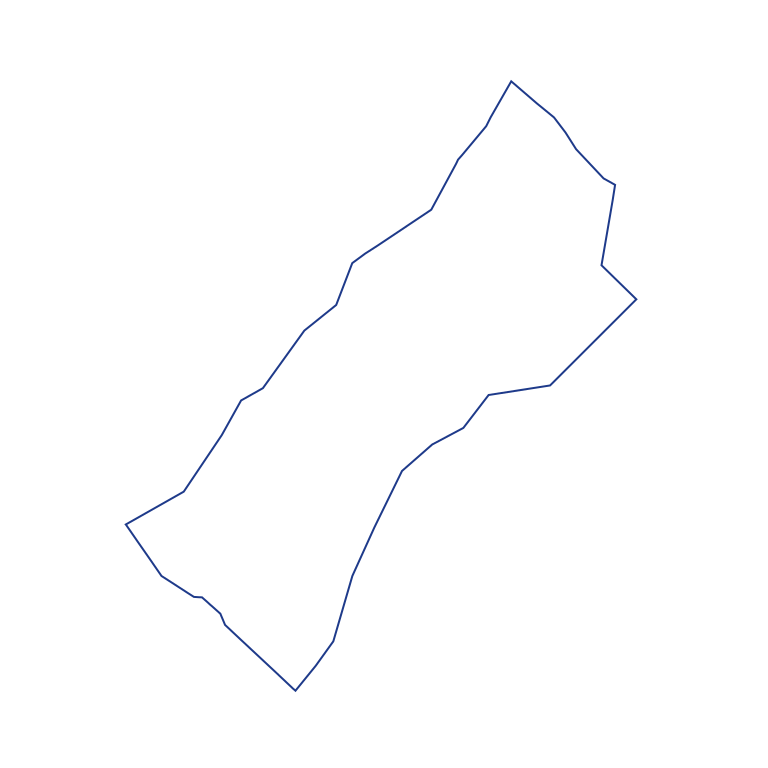 outline of Xo'vsgol, Dornogovi, Mongolia, rotated 96°
{"feature_id": "93677404B21741172653366", "entity_name": "Xo'vsgol", "entity_type": "district", "adm_level": 2, "iso_a3": "MNG", "parent_name": "Mongolia", "parent_adm1": "Dornogovi", "projection": "albers", "projection_center": [110.095, 43.425], "detail": "fine", "context": "isolated", "style": "outline", "palette": "blue", "viewbox_px": 768, "rotation_deg": 96, "n_neighbors": 0, "source": "geoboundaries", "source_scale": "gbopen_adm2", "svg_char_len": 918}
<svg xmlns="http://www.w3.org/2000/svg" viewBox="0 0 768 768"><g transform="rotate(96 384 384)"><path d="M69.7,289.1L107.6,305.8L116.9,309.3L148.2,330.3L153.1,333.8L157.4,335.3L205.7,355.2L247.0,404.8L256.3,416.4L267.1,428.2L310.4,439.8L339.2,468.8L400.8,504.0L415.3,524.4L451.8,540.0L512.0,571.9L550.7,626.1L551.0,625.8L566.4,612.6L581.3,599.7L598.2,585.2L606.9,568.0L612.3,557.4L612.9,556.2L615.6,550.8L615.6,550.6L615.4,545.8L615.2,542.7L616.2,541.3L618.9,537.5L622.1,533.2L622.3,532.8L629.6,522.7L632.4,521.2L632.7,521.0L640.2,516.9L652.5,500.7L661.4,488.9L673.0,473.5L681.9,461.7L696.7,442.3L697.0,441.8L698.3,440.0L671.3,422.4L645.2,407.5L578.2,395.4L527.7,378.6L468.6,357.0L439.1,329.7L419.4,300.5L384.0,278.8L373.5,239.1L368.1,218.7L273.4,141.9L243.2,180.1L177.4,175.8L161.8,175.0L156.6,187.1L130.4,217.5L114.9,229.8L101.1,242.8L88.9,261.4L69.7,289.1Z" fill="none" stroke="#1e3a8a" stroke-width="2"/></g></svg>